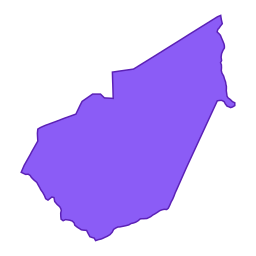 Ribeira do Amparo, Bahia, Brazil
{"feature_id": "56859067B91652113509777", "entity_name": "Ribeira do Amparo", "entity_type": "district", "adm_level": 2, "iso_a3": "BRA", "parent_name": "Brazil", "parent_adm1": "Bahia", "projection": "robinson", "projection_center": [-38.374, -10.959], "detail": "fine", "context": "isolated", "style": "filled", "palette": "violet", "viewbox_px": 256, "rotation_deg": 0, "n_neighbors": 0, "source": "geoboundaries", "source_scale": "gbopen_adm2", "svg_char_len": 1918}
<svg xmlns="http://www.w3.org/2000/svg" viewBox="0 0 256 256"><path d="M220.7,15.4L217.4,16.8L188.8,34.6L186.6,36.0L182.5,38.6L179.3,40.6L151.1,58.2L133.5,69.1L120.0,71.0L112.4,72.1L112.7,82.2L112.8,84.3L113.2,98.4L104.4,97.9L100.5,94.1L92.6,94.1L82.1,101.4L80.2,105.1L75.9,114.1L64.7,118.1L55.1,121.8L45.5,125.3L43.4,126.2L40.3,127.6L37.8,129.1L37.4,133.2L37.5,135.8L37.8,141.1L31.5,152.2L30.6,154.0L24.2,165.3L21.2,172.3L23.7,173.5L25.6,174.4L28.2,174.2L30.2,175.5L31.3,177.3L33.7,179.8L36.8,182.4L38.1,184.8L39.8,187.8L40.8,189.8L42.7,192.4L44.4,195.5L45.7,198.7L48.0,200.1L51.9,197.0L54.0,197.6L54.7,201.5L57.0,204.3L59.7,206.7L60.7,208.4L61.3,210.4L60.7,213.1L60.8,216.4L61.1,219.2L63.1,220.7L65.5,219.6L67.7,219.9L69.8,220.2L72.4,221.1L74.2,223.0L74.8,225.2L77.4,227.3L79.7,228.7L81.3,229.8L83.1,230.1L86.6,230.4L88.2,233.6L89.9,236.7L91.8,237.4L94.2,238.1L95.6,240.6L98.5,239.6L101.2,239.0L103.1,238.2L104.9,237.3L107.2,236.3L110.0,234.6L112.2,232.2L113.6,229.4L115.6,228.1L117.8,227.0L119.9,226.9L122.9,226.3L125.8,225.7L128.8,224.9L131.1,223.5L133.4,223.0L135.7,222.2L137.9,220.9L140.4,218.8L143.8,218.7L146.9,218.5L150.6,216.7L152.8,215.0L155.0,213.8L157.4,212.3L159.7,210.7L161.7,209.9L164.1,209.3L166.7,209.5L168.3,208.2L169.8,205.1L171.2,201.8L172.6,199.3L173.9,196.3L174.7,194.1L175.5,192.1L176.4,190.2L186.5,167.4L217.3,100.8L220.0,100.4L221.8,100.4L224.1,101.6L225.4,104.0L227.1,106.2L228.9,106.8L230.6,107.6L232.5,107.0L234.8,105.6L234.8,102.8L232.4,101.6L230.4,99.6L228.0,97.8L227.0,96.1L226.7,93.6L226.3,90.7L226.4,88.6L226.4,86.4L225.9,84.3L225.6,82.1L224.7,79.6L223.6,76.0L221.9,73.0L221.3,70.6L221.5,67.7L221.4,64.8L220.5,62.7L221.6,60.6L221.1,57.1L221.6,53.6L223.0,50.3L224.4,48.0L224.4,46.0L224.0,44.0L222.8,41.0L221.5,38.0L220.4,35.3L219.1,33.8L217.1,31.9L217.8,29.4L219.2,27.9L220.4,26.1L222.3,23.7L221.4,19.9L221.0,17.6L220.7,15.4Z" fill="#8b5cf6" stroke="#5b21b6" stroke-width="1.5"/></svg>